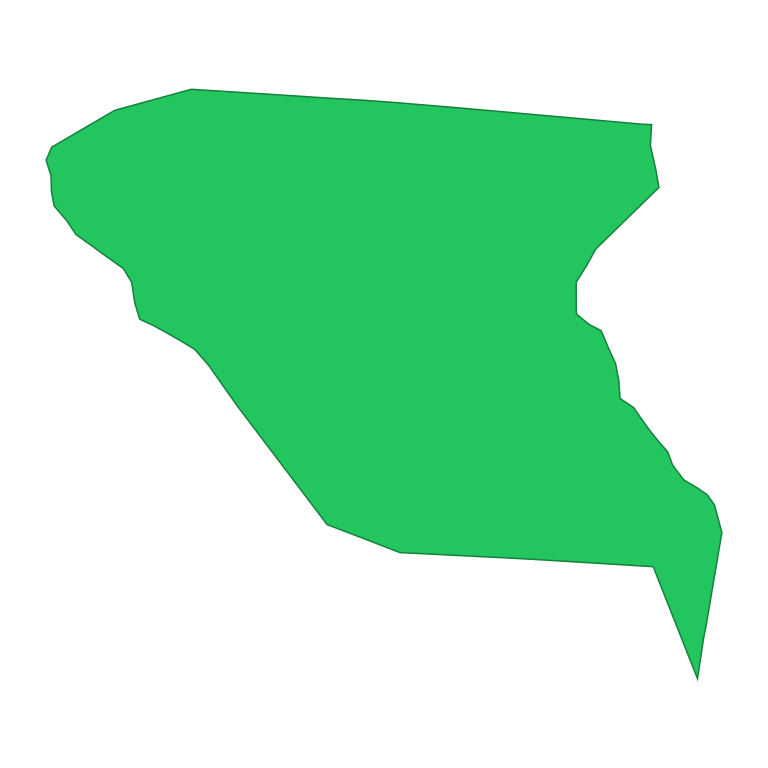 the district of Amélia Rodrigues, Bahia, Brazil
{"feature_id": "56859067B5389964969213", "entity_name": "Amélia Rodrigues", "entity_type": "district", "adm_level": 2, "iso_a3": "BRA", "parent_name": "Brazil", "parent_adm1": "Bahia", "projection": "albers", "projection_center": [-38.712, -12.439], "detail": "fine", "context": "isolated", "style": "filled", "palette": "green", "viewbox_px": 768, "rotation_deg": 0, "n_neighbors": 0, "source": "geoboundaries", "source_scale": "gbopen_adm2", "svg_char_len": 889}
<svg xmlns="http://www.w3.org/2000/svg" viewBox="0 0 768 768"><path d="M651.6,124.6L640.5,124.1L467.0,108.6L398.5,102.8L376.0,101.1L314.3,97.2L229.5,91.7L191.2,89.3L114.8,110.3L51.7,147.1L46.1,160.2L51.0,175.7L51.5,191.7L54.1,205.9L66.9,220.9L75.9,234.5L89.8,244.4L103.3,254.3L123.4,268.6L131.7,282.4L134.8,303.0L139.7,319.2L153.7,325.7L166.4,332.7L180.4,340.7L194.8,349.4L208.3,364.9L237.3,406.0L327.1,524.6L359.3,536.9L399.9,552.6L511.4,558.2L530.3,559.2L653.2,566.7L697.5,678.7L703.7,637.6L706.1,625.7L721.9,532.6L717.4,515.9L714.4,504.8L707.3,494.8L697.6,488.1L683.7,479.8L672.6,465.1L667.8,452.0L658.9,441.8L650.1,430.9L640.7,417.9L633.8,407.7L620.1,398.5L618.7,379.9L615.6,363.7L608.3,347.7L601.2,330.7L589.2,324.5L576.4,314.0L576.2,297.4L576.2,282.4L587.3,264.4L595.8,249.0L658.9,187.5L655.8,169.4L650.4,145.6L651.6,124.6Z" fill="#22c55e" stroke="#15803d" stroke-width="1.5"/></svg>